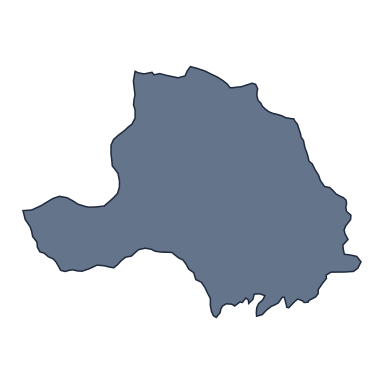 the district of Kalo Chorio Larnakas, Larnaca, Cyprus
{"feature_id": "46923920B16676393580799", "entity_name": "Kalo Chorio Larnakas", "entity_type": "district", "adm_level": 2, "iso_a3": "CYP", "parent_name": "Cyprus", "parent_adm1": "Larnaca", "projection": "albers", "projection_center": [33.532, 34.924], "detail": "fine", "context": "isolated", "style": "filled", "palette": "slate", "viewbox_px": 384, "rotation_deg": 0, "n_neighbors": 0, "source": "geoboundaries", "source_scale": "gbopen_adm2", "svg_char_len": 2599}
<svg xmlns="http://www.w3.org/2000/svg" viewBox="0 0 384 384"><path d="M135.1,71.3L133.4,81.2L134.1,87.3L135.0,94.9L134.0,99.9L133.5,104.8L135.1,110.0L135.1,118.2L131.8,124.3L128.7,126.6L124.2,130.8L118.2,135.3L113.5,139.6L111.0,145.2L111.0,153.6L111.8,160.3L112.3,166.0L114.9,169.1L118.0,173.5L119.5,181.1L119.4,187.3L117.5,193.4L113.7,197.6L109.6,201.3L104.1,206.0L96.6,206.9L89.5,207.2L85.7,206.6L77.8,204.1L72.8,200.8L67.0,197.7L59.4,196.3L52.9,198.5L47.2,201.9L41.4,205.5L34.5,208.7L33.0,209.4L31.1,210.1L23.0,210.6L25.2,219.5L30.1,226.7L31.6,231.3L32.7,236.7L36.9,242.0L37.4,247.3L39.9,251.8L44.2,253.2L46.4,255.1L48.3,256.7L53.5,259.1L56.2,262.3L59.9,268.8L60.7,270.3L65.0,271.5L69.1,270.4L72.6,269.8L77.3,270.9L82.2,271.2L89.4,268.7L97.1,265.1L104.3,265.8L108.8,266.9L113.7,267.8L117.4,264.8L121.2,260.7L125.4,257.3L127.1,256.9L131.4,256.1L135.5,252.3L138.6,249.6L145.3,248.2L151.3,249.3L155.1,251.2L161.2,252.1L171.9,252.4L174.7,254.8L179.1,258.2L182.9,259.9L186.0,264.1L188.7,269.1L193.7,272.7L195.8,279.6L201.3,282.2L204.9,287.5L207.9,293.8L210.4,298.5L210.3,305.2L211.0,308.9L211.5,311.6L213.5,315.8L216.2,317.4L220.1,312.7L220.8,309.2L222.4,306.1L226.2,303.8L231.8,304.2L234.7,306.0L239.9,302.0L242.3,302.5L245.8,298.1L248.4,299.9L248.7,303.4L252.9,299.3L254.2,294.2L259.6,293.8L264.9,295.6L262.8,299.8L258.7,303.5L256.7,307.7L256.3,312.7L256.6,316.2L262.3,314.6L266.5,310.1L271.4,306.3L275.2,304.7L278.3,302.9L282.3,297.2L284.3,297.3L285.8,302.8L286.8,307.3L287.2,307.4L288.7,307.8L294.5,301.7L297.7,299.0L302.7,300.9L304.1,302.5L308.1,302.2L308.9,300.5L315.7,296.9L318.2,293.5L318.2,289.7L322.5,283.3L326.4,278.5L326.1,275.1L331.1,272.1L335.2,272.1L345.4,272.0L353.6,271.4L357.8,268.2L361.0,261.8L356.7,256.4L350.8,255.1L344.3,254.2L343.4,249.8L342.8,245.2L348.0,239.5L345.0,233.9L344.1,230.1L345.5,226.2L350.6,219.5L350.9,215.2L346.5,211.4L345.8,206.9L346.6,203.6L346.0,200.1L343.6,197.8L340.0,196.1L336.2,194.1L333.0,190.6L329.8,187.6L324.5,186.5L320.4,180.6L318.6,175.4L314.8,169.2L312.3,164.0L309.0,161.1L307.8,155.9L306.9,153.0L304.9,147.6L303.5,140.6L301.0,136.9L300.6,134.0L299.4,130.4L297.4,124.2L294.9,121.2L293.8,118.9L291.0,118.6L285.8,117.7L281.1,115.5L276.8,114.3L272.6,113.3L268.8,111.7L265.0,108.9L262.2,106.0L260.6,102.9L258.1,100.4L256.9,95.9L257.0,91.8L257.7,88.8L255.6,84.3L252.1,83.2L241.5,86.7L232.5,87.7L230.0,87.7L227.4,84.2L223.2,80.8L217.6,77.2L210.9,74.0L205.4,71.2L196.9,68.3L190.4,66.6L187.3,70.8L185.1,75.9L178.1,77.8L166.2,75.3L159.8,73.6L154.0,74.8L152.0,72.3L144.1,73.9L138.3,72.8L135.1,71.3Z" fill="#64748b" stroke="#1e293b" stroke-width="1.5"/></svg>